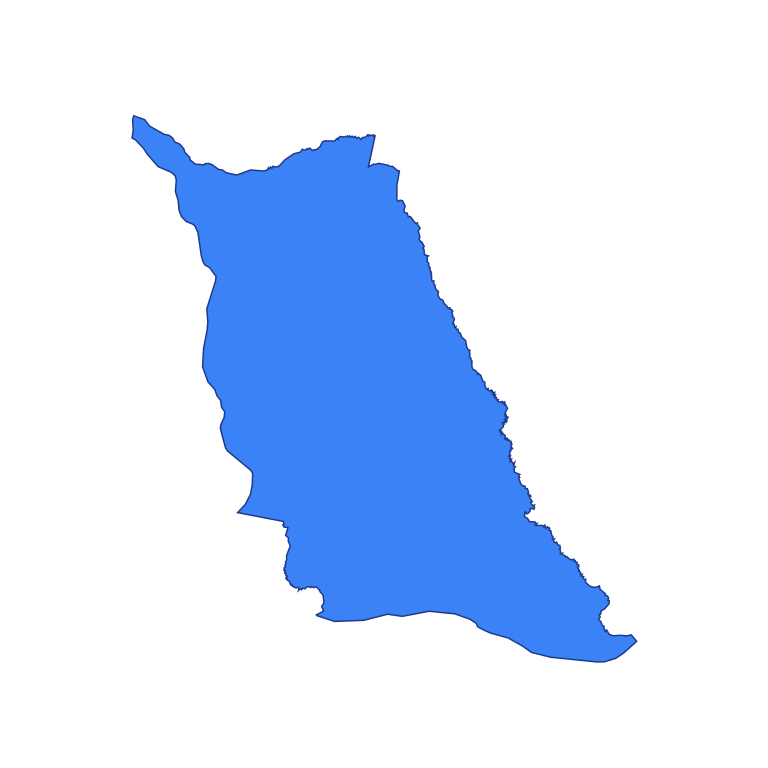 the district of La Joya de los Sachas, Orellana, Ecuador, rotated 11°
{"feature_id": "8360857B49386620675514", "entity_name": "La Joya de los Sachas", "entity_type": "district", "adm_level": 2, "iso_a3": "ECU", "parent_name": "Ecuador", "parent_adm1": "Orellana", "projection": "robinson", "projection_center": [-76.855, -0.261], "detail": "fine", "context": "isolated", "style": "filled", "palette": "blue", "viewbox_px": 768, "rotation_deg": 11, "n_neighbors": 0, "source": "geoboundaries", "source_scale": "gbopen_adm2", "svg_char_len": 6163}
<svg xmlns="http://www.w3.org/2000/svg" viewBox="0 0 768 768"><g transform="rotate(11 384 384)"><path d="M89.8,190.7L93.5,191.7L102.9,198.5L108.3,204.0L120.8,213.7L134.5,216.7L139.3,219.4L141.2,223.5L142.5,234.8L146.9,243.1L149.7,252.6L153.2,258.3L158.8,262.2L166.0,263.6L168.3,265.0L172.4,270.7L180.3,293.2L183.0,298.5L185.3,301.2L190.5,303.0L198.6,310.4L199.0,314.7L195.7,344.0L199.2,356.7L200.1,364.6L200.1,383.5L202.6,401.6L210.8,415.5L218.9,421.6L222.4,427.5L226.7,431.2L228.9,437.6L233.0,441.7L233.5,447.5L231.6,455.0L231.9,459.0L240.7,477.1L243.2,479.6L269.5,494.0L272.1,496.6L273.9,507.9L274.0,517.6L270.8,528.8L264.8,538.2L311.3,538.1L312.8,541.3L311.7,541.7L313.1,543.5L317.1,543.2L316.3,551.3L319.5,553.2L320.0,556.5L322.9,560.8L321.1,571.1L322.0,575.3L321.3,578.0L322.1,579.4L321.3,580.8L322.3,582.3L321.0,583.5L321.6,586.2L322.7,585.9L322.6,588.6L323.9,588.6L324.1,590.4L325.8,591.4L324.7,592.6L325.2,594.1L326.1,593.7L326.3,594.7L329.1,596.1L330.4,598.5L331.5,598.3L331.4,599.3L332.2,599.0L333.0,600.1L336.7,601.0L338.3,599.9L339.7,601.4L339.5,602.9L341.2,600.7L342.3,601.6L343.2,600.0L345.6,600.1L346.8,598.1L348.4,597.3L351.1,597.7L351.3,596.7L354.0,597.2L356.2,596.0L360.3,598.8L360.8,600.1L364.4,602.7L366.8,610.3L365.2,614.4L368.1,618.4L361.6,623.6L362.4,624.2L380.8,626.5L409.3,619.8L431.5,609.3L446.2,608.6L471.5,598.5L497.3,596.1L513.3,598.5L520.1,601.3L522.5,604.6L530.5,606.9L536.4,608.2L554.2,609.6L569.5,614.6L580.1,619.4L599.9,620.4L646.3,616.2L653.5,614.6L663.9,609.0L670.6,602.3L681.1,588.4L674.6,583.1L670.4,584.9L663.1,585.7L657.1,587.5L652.7,586.7L649.5,583.0L648.3,585.5L648.4,583.5L647.1,583.4L646.1,579.7L644.4,579.5L642.5,576.2L639.4,573.9L640.7,571.4L639.2,569.2L640.8,568.1L640.2,565.8L643.7,562.3L646.8,556.9L646.5,553.8L644.9,553.8L645.4,551.4L644.0,549.6L641.4,549.2L641.5,547.8L635.2,544.2L634.0,541.1L631.1,543.0L628.1,543.6L624.3,543.0L619.6,540.2L619.3,537.2L618.3,537.7L616.6,536.7L616.8,535.0L613.7,534.7L614.9,533.0L613.0,533.0L612.9,531.3L610.6,530.4L611.2,529.4L608.7,527.1L610.2,526.1L609.5,524.4L607.8,524.5L607.6,522.2L606.4,522.7L605.4,521.0L604.0,521.5L604.1,519.9L600.4,521.0L596.3,518.5L595.2,519.2L594.1,517.9L591.1,517.2L591.4,515.9L589.4,517.1L588.9,513.4L587.7,512.8L588.5,511.4L587.3,508.8L585.4,508.9L583.6,506.3L582.6,507.3L581.4,506.8L580.1,504.8L580.7,503.4L578.7,504.1L579.0,501.6L577.6,500.6L575.7,496.2L573.7,496.0L574.2,494.0L571.6,493.0L570.6,495.0L568.9,492.0L568.3,494.0L567.0,492.6L559.8,493.9L560.9,491.6L559.2,492.1L558.6,490.6L553.1,491.4L550.7,488.7L547.1,487.2L546.7,482.9L547.7,482.7L548.6,484.3L550.0,483.5L551.6,481.1L551.2,477.7L551.8,478.6L553.5,477.8L555.0,478.4L555.4,476.4L554.3,475.4L554.8,474.2L552.7,474.8L550.6,472.7L552.0,471.2L548.4,467.6L547.9,466.1L549.5,466.3L549.1,465.4L546.1,464.6L546.7,462.9L544.7,459.4L542.7,459.7L541.9,457.3L539.2,457.4L537.3,455.8L534.1,450.5L535.0,449.7L533.5,448.1L534.5,446.8L528.9,445.8L527.8,441.7L528.8,440.2L526.9,439.5L527.2,436.0L525.8,437.8L523.8,435.2L522.7,436.0L523.2,434.1L522.6,434.7L522.6,433.3L521.4,433.3L521.9,430.6L520.6,430.9L521.5,429.2L520.2,430.2L521.1,428.7L520.1,426.9L521.1,425.9L520.4,425.4L522.3,423.0L521.1,422.6L521.7,422.2L520.8,421.5L521.0,419.2L520.1,418.6L520.7,418.2L519.6,416.0L516.8,416.0L516.3,415.6L517.0,415.1L515.7,414.9L516.1,413.8L515.6,414.6L515.4,413.8L514.4,414.3L513.7,413.5L514.4,415.2L512.7,414.7L513.1,411.9L510.0,409.7L508.9,411.1L509.0,408.9L507.8,409.5L506.3,407.6L507.8,407.8L507.4,405.9L509.3,403.2L508.9,401.0L509.7,400.4L507.7,399.3L510.8,398.5L509.5,396.9L511.3,397.2L510.0,395.4L511.3,395.6L510.5,394.4L511.5,394.7L512.1,392.9L508.8,392.2L509.1,391.0L510.5,391.2L508.2,389.9L509.9,384.3L507.2,380.9L506.4,381.3L506.4,380.0L505.4,380.1L506.2,378.0L504.1,380.2L503.6,378.6L500.6,379.8L499.0,379.1L499.2,377.5L498.0,378.1L496.9,375.9L496.1,376.8L495.8,375.5L494.8,375.3L495.1,374.6L494.2,374.5L495.3,373.2L493.9,373.0L494.2,371.7L493.1,372.6L493.6,371.2L492.0,371.5L491.5,370.1L490.8,370.9L490.4,368.9L490.1,370.1L488.5,370.6L487.0,369.9L487.2,368.7L485.4,369.5L483.1,365.9L482.8,363.2L480.2,362.0L477.4,357.2L474.9,355.6L473.9,356.6L473.5,355.1L471.3,353.3L468.6,352.7L467.1,350.6L465.8,344.3L464.3,343.3L464.2,341.7L462.8,341.2L462.6,337.8L461.5,336.0L462.0,334.7L460.4,334.4L458.2,332.1L455.8,325.7L451.4,323.3L449.1,319.4L447.2,318.8L446.1,316.1L444.9,316.7L443.5,315.2L443.8,313.9L442.3,314.6L441.6,312.0L440.1,311.8L440.7,306.9L439.6,305.2L438.0,304.7L438.3,303.3L436.9,300.7L437.7,299.8L436.4,298.2L434.2,297.9L434.5,296.8L431.3,296.9L431.0,295.6L427.9,293.7L425.7,290.4L422.3,289.5L420.0,286.6L419.8,283.0L416.3,280.6L415.5,277.8L413.7,276.0L413.2,273.2L411.6,273.8L410.8,272.4L409.7,267.2L408.7,266.7L409.2,265.5L407.3,262.9L407.0,260.9L405.3,259.6L404.8,256.9L403.2,255.7L402.1,250.9L403.1,249.8L399.0,249.3L397.6,244.3L396.1,243.3L397.2,241.3L394.2,237.5L393.0,237.4L390.8,235.1L391.1,232.6L388.4,227.4L389.8,224.2L386.3,220.9L386.1,219.5L384.2,220.2L377.9,214.6L375.8,215.1L374.2,211.9L371.2,211.6L370.4,209.0L370.9,205.5L367.2,200.6L364.7,200.5L363.2,202.0L361.5,200.8L358.7,186.2L358.5,172.0L356.3,171.8L350.9,168.8L347.5,169.3L346.8,168.5L336.6,168.4L333.6,170.2L332.0,170.0L327.3,173.9L327.9,142.0L326.4,141.5L326.4,142.8L324.6,141.9L323.7,142.7L321.8,142.3L321.4,143.5L320.4,142.6L319.5,144.3L317.9,145.8L316.4,145.8L314.5,148.3L312.2,146.7L310.0,147.8L308.5,146.5L307.4,147.8L305.6,146.8L303.4,148.1L302.9,147.0L301.5,148.2L300.7,147.5L298.2,149.1L293.9,149.4L292.1,151.3L292.5,152.6L291.0,152.1L288.9,155.0L279.1,156.7L277.4,158.1L275.9,163.3L272.8,167.1L270.8,167.2L269.4,168.5L266.1,166.6L264.6,168.0L263.5,167.6L261.9,169.7L258.9,169.2L257.8,172.3L251.6,175.2L244.1,182.6L239.7,189.8L236.7,191.7L233.4,191.5L232.9,193.5L231.1,192.7L230.7,194.6L229.2,193.8L228.7,196.0L225.6,197.8L212.1,199.4L199.6,207.0L188.9,206.7L184.4,204.7L180.9,205.0L173.4,201.5L169.9,201.0L166.4,201.7L165.7,203.2L156.9,204.2L151.1,201.2L150.1,198.7L144.2,194.5L142.8,191.6L139.6,188.8L136.8,187.1L132.8,186.6L129.7,183.0L125.6,180.9L120.4,180.8L106.8,176.3L104.4,175.3L98.6,170.2L87.1,168.5L86.9,173.1L89.4,182.5L89.8,190.7Z" fill="#3b82f6" stroke="#1e3a8a" stroke-width="1.5"/></g></svg>